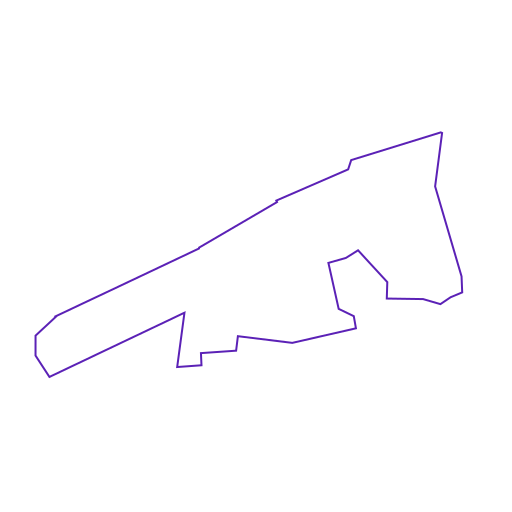 the district of 55, Ar Rayyān, Qatar, rotated 187°
{"feature_id": "91078587B56593237076105", "entity_name": "55", "entity_type": "district", "adm_level": 2, "iso_a3": "QAT", "parent_name": "Qatar", "parent_adm1": "Ar Rayyān", "projection": "natural_earth1", "projection_center": [51.389, 25.225], "detail": "fine", "context": "isolated", "style": "outline", "palette": "violet", "viewbox_px": 512, "rotation_deg": 187, "n_neighbors": 0, "source": "geoboundaries", "source_scale": "gbopen_adm2", "svg_char_len": 613}
<svg xmlns="http://www.w3.org/2000/svg" viewBox="0 0 512 512"><g transform="rotate(187 256 256)"><path d="M86.3,400.8L87.7,401.2L173.2,362.8L175.1,353.2L242.6,313.5L241.7,312.1L313.5,257.4L313.5,256.5L401.5,200.8L422.6,187.5L447.4,171.8L447.0,171.6L465.1,150.1L462.7,130.3L446.3,110.8L320.1,191.0L320.7,136.2L296.8,140.9L298.8,152.9L264.2,159.6L264.2,174.2L209.4,174.2L148.0,196.4L151.6,208.2L167.5,213.6L183.3,258.0L166.6,265.0L155.4,274.1L142.4,263.0L122.5,246.1L121.0,229.7L84.9,233.6L67.1,230.7L57.8,238.8L46.9,245.0L49.5,260.8L86.7,346.9L86.3,400.8Z" fill="none" stroke="#5b21b6" stroke-width="2"/></g></svg>